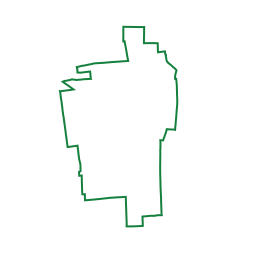 outline of Celaru, Dolj, Romania, rotated 162°
{"feature_id": "2599482B43733075119121", "entity_name": "Celaru", "entity_type": "district", "adm_level": 2, "iso_a3": "ROU", "parent_name": "Romania", "parent_adm1": "Dolj", "projection": "mercator", "projection_center": [24.129, 44.049], "detail": "fine", "context": "isolated", "style": "outline", "palette": "green", "viewbox_px": 256, "rotation_deg": 162, "n_neighbors": 0, "source": "geoboundaries", "source_scale": "gbopen_adm2", "svg_char_len": 5147}
<svg xmlns="http://www.w3.org/2000/svg" viewBox="0 0 256 256"><g transform="rotate(162 128 128)"><path d="M101.1,225.7L101.6,224.3L103.2,219.4L104.4,215.8L105.6,212.2L105.7,211.8L104.5,211.6L104.8,209.0L105.5,203.4L106.0,200.0L106.6,195.8L106.9,193.4L107.0,192.5L107.1,191.7L112.6,193.1L115.0,193.7L118.7,194.6L123.9,195.9L129.6,197.2L131.3,197.6L134.3,198.4L137.4,199.2L140.3,199.9L141.6,200.0L143.0,200.1L144.5,200.3L147.2,200.6L150.2,200.9L152.3,201.3L154.9,201.5L156.0,201.6L157.9,201.8L158.1,199.8L158.3,198.8L158.2,198.8L158.4,198.1L158.9,196.4L156.3,195.4L156.0,195.2L155.5,195.2L153.6,194.8L150.3,194.2L148.5,193.8L147.1,193.5L146.6,193.4L146.7,192.7L146.9,191.7L147.6,188.9L148.1,186.3L148.1,186.2L149.0,186.5L150.0,186.7L151.5,187.1L153.4,187.6L155.1,188.1L157.5,188.5L159.6,189.0L161.5,189.5L162.1,189.5L162.4,189.6L162.8,189.9L163.5,190.3L164.9,190.9L166.3,191.6L168.9,191.6L169.4,191.8L170.7,191.9L172.2,192.0L173.2,192.3L174.1,192.3L175.0,192.3L175.8,192.2L174.3,190.1L170.9,185.7L169.0,183.0L168.5,182.3L167.9,181.5L171.1,182.0L181.1,183.9L181.3,184.0L181.3,183.7L181.4,183.4L181.5,182.9L181.5,182.4L181.6,182.2L181.7,181.6L181.8,181.1L181.8,180.8L181.8,180.6L181.9,180.2L182.0,180.0L182.1,179.6L182.2,179.3L182.2,178.9L182.3,178.8L182.3,178.7L182.5,177.3L182.6,176.8L182.6,176.4L182.7,176.2L182.8,175.9L182.8,175.7L182.8,175.3L182.8,175.2L182.9,174.8L183.1,173.7L183.1,173.4L183.2,173.2L183.2,172.8L183.3,172.6L183.3,172.4L183.3,172.2L183.4,171.9L183.5,171.4L183.7,170.6L183.8,169.8L183.8,169.7L183.9,169.3L183.9,169.0L184.0,168.8L184.0,168.7L184.1,168.2L184.2,167.9L184.3,167.5L184.3,167.3L184.3,167.2L184.4,166.8L184.4,166.7L184.7,165.5L185.0,163.9L185.1,163.4L185.2,163.0L185.2,162.6L185.3,162.0L185.4,161.5L185.5,161.2L185.7,159.8L185.8,158.9L185.9,158.1L186.3,156.0L186.4,155.4L186.5,155.1L186.5,154.7L186.6,154.3L186.7,154.1L186.7,153.7L186.8,153.4L186.8,153.2L186.8,152.8L186.9,152.6L187.0,152.3L187.0,152.1L187.1,151.6L187.2,151.1L187.3,150.2L187.4,149.8L187.5,149.4L187.7,148.5L187.7,148.3L187.7,148.0L187.7,147.8L187.8,147.3L188.0,146.7L188.1,146.2L188.3,145.0L188.3,144.6L188.7,142.8L188.8,142.4L189.0,141.6L189.0,141.2L189.1,140.8L189.2,140.3L189.2,140.0L189.2,139.9L189.3,139.7L189.3,139.4L189.3,139.2L189.4,138.9L189.5,138.6L189.5,138.2L189.7,137.6L189.7,137.4L189.7,137.2L189.8,137.0L189.8,136.7L189.9,136.1L190.0,135.7L190.2,134.7L190.3,134.2L190.4,133.6L190.4,133.4L190.5,133.3L190.5,133.0L190.7,132.0L190.7,131.8L190.8,131.4L190.9,131.1L191.3,128.5L181.5,126.8L182.4,121.9L182.9,119.8L184.1,113.2L184.4,109.4L184.5,108.3L185.2,105.7L185.5,104.8L186.5,101.6L188.1,101.4L188.6,99.7L189.1,97.6L186.7,97.1L188.8,90.1L191.1,82.2L191.6,80.3L191.9,79.0L190.6,78.6L189.5,78.4L189.6,78.0L190.6,74.7L191.2,72.5L188.7,71.9L183.0,70.6L176.7,69.2L174.2,68.7L172.2,68.3L169.4,67.7L166.3,67.1L165.0,66.7L160.9,65.7L154.6,64.0L151.4,63.2L157.4,42.4L158.3,39.1L159.7,34.8L154.7,33.2L153.2,32.8L149.4,31.7L144.2,30.3L143.5,32.6L141.6,39.3L141.3,39.3L140.9,39.2L138.1,38.5L134.9,37.8L133.5,37.5L132.1,37.0L131.1,36.6L130.7,36.6L129.3,36.2L128.6,36.0L128.4,36.0L127.6,36.1L126.2,35.7L123.9,35.0L122.9,34.7L122.9,35.0L122.1,37.8L121.2,41.0L120.1,44.7L119.6,46.6L118.6,50.0L118.2,51.1L117.9,52.2L117.5,53.8L117.1,55.3L115.9,59.6L115.0,62.8L113.4,68.1L112.8,70.2L112.2,72.2L111.6,74.3L109.8,79.9L108.6,83.7L108.3,84.4L107.8,85.8L107.4,87.1L106.8,88.9L106.3,90.4L106.0,91.3L105.6,92.4L105.3,93.2L104.8,94.9L104.3,96.5L104.0,97.5L103.5,98.4L103.4,98.7L103.3,98.9L103.3,99.1L103.2,99.4L103.2,99.5L103.0,100.0L102.9,100.4L102.8,100.5L102.7,100.9L102.5,101.6L102.3,102.1L102.1,102.6L101.0,106.4L100.3,106.1L98.5,105.4L98.4,105.4L98.1,105.9L97.4,106.8L96.4,108.0L96.0,108.6L94.5,110.5L94.1,111.0L93.3,112.1L92.8,112.8L92.5,113.3L92.0,114.1L91.5,114.9L91.1,114.8L90.3,114.4L89.6,114.1L89.1,113.9L88.5,113.7L88.2,113.6L87.6,113.3L87.3,113.2L86.3,112.9L85.8,112.7L85.5,112.6L85.0,112.4L84.4,112.1L83.8,111.7L83.5,112.3L82.8,114.2L81.8,116.3L80.0,120.7L79.0,123.0L77.1,127.6L76.3,129.7L75.5,131.4L74.6,133.6L73.7,135.7L73.4,136.8L72.9,138.1L72.6,139.0L72.4,139.9L71.9,141.5L71.7,142.1L71.4,143.2L71.2,144.1L71.0,144.9L70.7,145.8L70.4,146.6L70.1,147.8L69.6,149.4L69.4,150.4L69.0,151.4L68.6,152.8L68.2,154.4L67.8,156.0L67.3,158.4L67.0,159.9L67.2,160.0L67.6,160.1L67.9,160.1L68.0,160.2L68.1,160.3L67.7,161.3L67.4,162.2L67.0,163.1L66.7,163.6L66.5,164.1L65.6,165.5L64.8,166.7L64.2,167.6L64.1,167.8L64.1,168.0L64.2,168.3L64.5,169.1L64.8,169.6L65.1,170.2L65.6,171.0L66.2,172.0L66.5,172.4L66.7,172.8L67.2,173.8L67.7,174.6L69.7,177.6L69.8,177.9L69.9,178.1L70.0,178.3L69.9,178.5L70.0,178.7L70.2,179.1L70.3,179.2L70.3,179.3L70.4,179.6L70.4,179.8L70.4,180.0L70.4,180.6L70.3,181.4L70.1,182.5L70.0,183.4L70.0,183.9L69.9,184.5L69.7,184.9L69.6,185.1L69.5,185.4L69.4,185.6L69.7,185.7L69.7,186.3L69.7,186.6L69.7,186.8L69.6,187.3L69.5,188.0L69.4,188.5L69.3,188.8L69.3,189.1L69.2,189.3L69.2,189.5L76.0,190.7L75.4,193.3L74.9,194.9L74.6,196.0L74.1,197.4L73.6,199.5L83.5,202.8L85.1,203.3L86.6,203.7L86.0,205.7L84.3,210.6L83.8,212.0L81.5,218.8L81.4,219.0L84.9,220.1L92.1,222.6L95.6,223.8L98.9,224.9L101.1,225.7Z" fill="none" stroke="#15803d" stroke-width="2"/></g></svg>